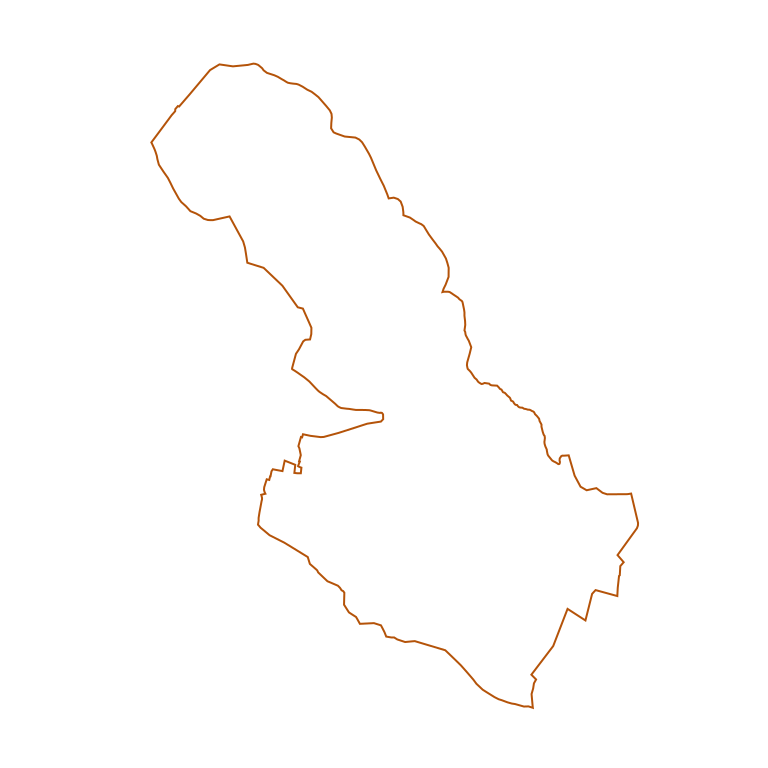 outline of Titesti, Arges, Romania, rotated 282°
{"feature_id": "2599482B73209065312758", "entity_name": "Titesti", "entity_type": "district", "adm_level": 2, "iso_a3": "ROU", "parent_name": "Romania", "parent_adm1": "Arges", "projection": "equal_earth", "projection_center": [24.984, 45.011], "detail": "fine", "context": "isolated", "style": "outline", "palette": "amber", "viewbox_px": 768, "rotation_deg": 282, "n_neighbors": 0, "source": "geoboundaries", "source_scale": "gbopen_adm2", "svg_char_len": 5616}
<svg xmlns="http://www.w3.org/2000/svg" viewBox="0 0 768 768"><g transform="rotate(282 384 384)"><path d="M352.6,579.5L351.8,576.7L351.3,574.9L351.0,573.3L350.2,572.3L349.0,571.9L348.4,571.6L347.8,571.4L347.2,571.4L345.4,571.7L344.6,572.2L343.4,572.4L342.3,572.2L342.0,571.7L341.9,571.1L342.5,569.7L343.1,568.0L343.6,565.9L344.2,564.3L345.5,562.7L346.8,561.1L348.1,559.5L349.1,558.7L350.4,558.1L352.8,557.1L353.6,556.9L354.9,556.0L355.8,555.3L356.7,554.7L358.9,553.5L360.8,552.9L361.5,552.9L364.6,552.6L366.6,551.9L367.3,551.0L368.0,550.5L370.2,549.2L375.0,546.9L377.0,546.5L377.9,545.8L380.1,543.9L382.3,542.9L384.5,540.2L385.9,538.0L387.6,536.7L388.2,535.4L388.4,534.1L388.8,533.1L389.1,531.8L388.8,530.0L388.9,529.2L389.0,528.2L389.0,527.2L388.9,526.2L389.3,525.1L389.6,524.3L389.4,523.0L389.3,522.0L389.4,521.0L389.6,520.5L390.0,519.8L390.3,519.4L391.1,518.6L391.0,517.0L391.4,516.2L392.4,515.0L393.4,514.2L393.8,513.5L394.2,511.7L395.3,511.0L396.4,510.3L396.9,509.7L397.7,508.2L398.4,506.9L399.4,505.6L400.4,504.1L400.6,503.4L400.6,502.8L400.7,502.2L400.9,501.9L402.1,500.9L403.0,500.0L403.1,499.4L403.2,498.8L403.5,498.2L404.4,497.2L405.9,495.0L405.1,489.8L405.2,488.3L406.2,486.8L405.9,482.1L404.9,480.8L404.3,479.6L404.5,478.5L405.5,476.0L406.5,474.8L407.6,473.7L408.9,471.3L410.7,469.5L412.1,468.1L413.2,467.0L414.1,465.9L414.9,464.8L415.9,463.2L416.3,462.7L417.5,462.1L419.7,461.2L422.5,460.9L431.4,461.5L438.1,461.7L444.0,457.9L445.4,456.6L447.1,455.2L448.5,454.0L449.6,453.4L451.8,452.6L453.1,451.6L458.7,451.2L459.8,450.9L462.5,450.2L466.0,449.0L467.5,448.5L470.8,447.8L473.3,446.9L479.7,444.1L480.8,443.5L481.5,442.7L481.7,442.1L482.0,441.5L482.3,440.8L482.6,440.1L483.8,438.6L484.6,436.7L486.0,433.1L486.7,431.5L487.6,429.1L487.6,428.0L487.5,427.0L487.0,424.7L486.7,423.4L486.1,422.1L489.6,422.5L493.9,423.6L497.7,424.2L502.2,424.9L506.6,424.0L511.1,423.1L512.5,422.4L515.6,420.8L519.6,418.5L525.5,413.3L528.1,410.1L529.8,407.8L532.5,404.9L535.5,401.4L539.6,396.8L543.5,393.1L546.8,390.0L548.1,387.2L548.4,385.6L549.5,381.1L550.5,378.9L552.2,374.7L553.1,367.9L556.1,367.2L561.2,365.4L565.9,362.4L567.8,359.1L568.3,354.8L566.5,350.0L570.0,347.9L577.8,342.6L583.5,338.0L591.4,331.9L602.6,324.2L606.0,321.5L612.1,316.0L615.9,312.3L618.0,309.0L619.1,304.8L617.9,294.1L618.7,288.0L619.1,285.0L619.7,282.4L623.1,279.1L628.4,278.2L630.1,278.0L633.7,277.6L637.3,276.5L640.4,274.1L643.9,269.7L651.0,260.2L653.3,255.6L654.8,252.4L655.9,247.8L657.9,242.6L659.1,238.2L659.3,236.0L658.9,232.5L658.7,229.8L658.7,227.3L658.9,226.6L659.4,225.1L660.3,222.7L660.7,221.3L661.2,219.8L662.4,216.3L663.2,212.5L663.8,206.6L664.0,204.8L665.8,201.0L667.5,199.2L668.7,197.0L669.9,194.7L670.1,193.8L670.4,191.6L670.2,189.6L667.8,184.5L666.6,180.7L663.3,170.2L662.4,156.6L654.9,148.6L627.5,134.0L612.8,125.9L613.0,124.6L609.5,122.7L607.4,123.0L602.8,120.4L582.5,111.1L571.9,106.2L570.7,107.2L568.3,109.0L566.7,110.2L565.1,111.3L563.5,112.3L560.0,114.3L556.8,115.6L551.7,118.2L545.8,124.2L540.6,129.8L536.3,133.3L531.4,137.1L522.6,144.8L519.8,147.9L516.6,153.5L512.8,158.7L511.7,164.8L510.3,169.3L508.2,173.3L507.8,177.6L508.1,179.6L508.7,182.6L515.8,198.1L494.2,216.6L488.6,219.6L482.7,221.9L474.2,225.1L473.8,229.2L472.6,242.1L459.0,264.2L441.1,283.7L440.9,289.0L437.0,291.8L428.9,297.7L423.9,301.3L417.7,302.5L412.2,302.4L410.9,297.9L408.9,296.1L400.2,293.6L395.2,291.6L380.2,290.8L379.4,291.1L378.3,294.2L377.1,297.2L375.8,300.2L374.0,304.5L371.9,308.6L370.9,310.5L369.1,313.1L365.9,317.7L363.9,320.7L362.9,322.5L361.3,326.5L360.2,329.9L354.6,340.2L352.6,343.4L352.0,345.2L351.6,347.1L352.1,352.8L352.4,355.1L352.6,359.0L352.8,362.0L353.7,366.3L354.6,370.6L355.3,375.0L355.3,376.4L354.9,381.1L354.7,383.5L354.8,384.9L354.9,386.2L355.3,386.8L355.3,388.0L354.1,389.4L349.4,390.5L346.6,388.8L344.6,383.5L341.7,375.9L339.2,371.5L336.7,367.2L326.7,349.7L319.7,336.1L318.9,333.2L318.0,322.8L318.0,315.2L314.8,315.0L314.9,313.8L305.4,313.2L303.5,314.6L299.2,316.5L297.1,317.4L290.6,317.0L290.6,317.8L289.9,317.7L287.8,317.3L285.8,317.0L285.5,317.7L285.1,319.6L285.0,320.6L279.4,321.2L278.6,317.3L278.4,314.8L279.6,314.7L286.5,314.0L288.4,302.8L279.8,302.8L277.7,302.8L277.6,299.5L277.5,295.0L277.5,293.0L275.2,292.1L270.1,292.2L270.0,291.8L266.3,291.7L266.4,289.1L258.2,288.3L255.5,288.6L253.4,289.7L252.0,290.8L250.1,286.9L248.6,287.7L247.2,288.4L245.5,288.7L244.3,288.6L236.7,288.8L232.4,288.9L226.9,289.2L224.1,289.8L221.7,289.9L220.2,290.0L219.4,291.1L217.8,293.1L212.9,302.4L212.3,303.5L211.6,306.2L209.2,315.2L208.1,319.4L200.8,340.0L200.1,342.0L198.9,345.4L192.6,348.9L188.2,356.8L187.7,357.5L186.0,358.8L185.4,359.8L182.0,365.3L179.3,369.7L178.7,372.9L177.9,376.9L177.1,380.9L175.5,383.3L173.4,385.4L172.9,387.2L171.6,388.6L159.8,390.8L153.3,397.2L152.1,400.3L150.3,405.1L148.2,407.0L144.4,410.3L148.0,423.9L147.9,424.9L147.7,427.0L147.5,429.1L147.3,431.2L144.3,433.7L141.3,436.1L137.4,438.7L137.6,443.8L138.2,446.6L136.9,450.1L136.0,458.3L138.0,464.6L138.9,467.6L138.7,469.9L137.6,483.4L136.3,499.3L130.6,508.5L124.8,517.7L119.1,525.4L113.3,533.0L110.0,536.7L105.5,544.1L103.9,548.4L100.7,557.2L99.5,561.7L99.2,564.9L98.3,571.0L98.0,575.4L98.2,578.7L97.9,583.3L97.6,587.9L98.7,592.4L98.2,596.9L99.7,596.4L111.4,592.8L117.2,593.2L122.4,592.9L126.6,594.2L130.3,588.6L162.9,604.0L202.2,610.3L194.6,630.2L222.0,631.2L226.4,633.8L225.1,656.3L233.3,655.0L239.3,654.4L245.1,653.8L245.9,654.4L255.0,653.0L259.5,655.5L265.2,648.0L295.5,661.4L298.3,661.8L300.9,661.4L328.2,648.5L326.9,645.2L322.5,625.2L323.0,620.4L326.3,613.4L322.2,604.3L324.4,597.6L334.0,589.5L352.6,579.5Z" fill="none" stroke="#b45309" stroke-width="2"/></g></svg>